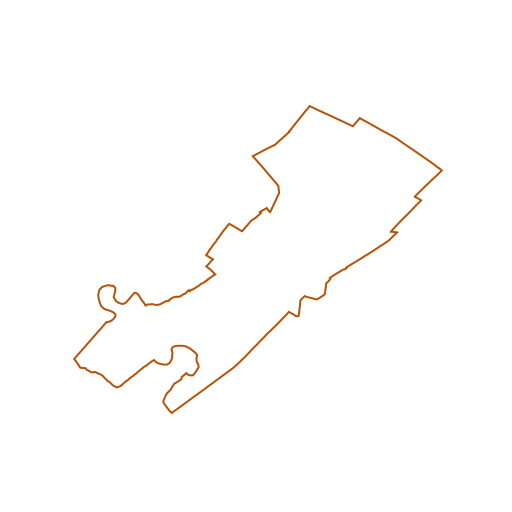 the district of Mogosesti-Siret, Iasi, Romania, rotated 167°
{"feature_id": "2599482B47382961924447", "entity_name": "Mogosesti-Siret", "entity_type": "district", "adm_level": 2, "iso_a3": "ROU", "parent_name": "Romania", "parent_adm1": "Iasi", "projection": "robinson", "projection_center": [26.761, 47.126], "detail": "fine", "context": "isolated", "style": "outline", "palette": "amber", "viewbox_px": 512, "rotation_deg": 167, "n_neighbors": 0, "source": "geoboundaries", "source_scale": "gbopen_adm2", "svg_char_len": 6110}
<svg xmlns="http://www.w3.org/2000/svg" viewBox="0 0 512 512"><g transform="rotate(167 256 256)"><path d="M236.7,354.0L234.0,349.2L231.4,344.2L230.0,341.7L220.6,323.6L218.6,319.6L218.5,319.2L218.5,318.8L218.7,317.3L219.2,312.8L219.4,312.2L219.7,311.6L221.5,309.4L224.4,305.6L228.7,300.1L232.4,295.5L232.5,295.5L233.9,298.2L234.8,300.3L242.5,297.9L242.0,297.1L241.6,296.7L244.2,295.2L245.7,294.5L245.9,294.4L247.7,293.3L250.6,292.3L252.0,291.8L252.8,291.4L253.4,291.0L257.7,287.8L260.3,286.0L263.9,283.3L264.2,283.3L267.6,286.6L270.1,289.0L270.8,289.7L272.3,291.1L274.9,293.4L281.2,288.5L282.9,287.2L284.1,286.1L285.6,284.7L286.4,284.0L288.1,282.5L290.0,281.0L290.7,280.5L291.2,279.6L291.6,279.2L295.0,276.7L296.3,275.4L297.5,274.3L298.1,273.8L300.2,272.0L301.4,270.7L304.2,268.3L304.4,268.1L304.4,267.9L303.2,266.9L302.7,266.4L302.5,266.1L300.3,263.9L299.0,262.8L298.7,262.5L299.3,262.1L303.4,259.2L305.8,257.6L306.8,256.9L305.2,255.2L304.2,253.9L303.2,252.6L302.0,250.8L299.9,247.3L300.4,247.2L300.6,247.0L301.4,246.8L301.6,246.8L302.1,246.5L302.4,246.3L304.1,245.6L306.3,244.7L306.3,244.8L308.2,244.0L308.1,243.8L309.0,243.4L310.3,242.8L310.5,243.0L311.3,242.5L312.6,242.0L313.9,241.5L315.6,241.2L315.8,241.2L316.5,240.9L318.9,239.7L321.8,238.9L322.2,238.6L323.9,238.0L325.3,237.6L326.5,237.7L328.5,236.7L329.1,237.7L329.7,237.1L330.7,237.1L331.5,236.5L332.5,235.7L333.4,235.5L334.3,235.0L335.3,235.1L336.7,234.6L337.2,234.2L338.8,233.8L340.1,233.7L341.6,233.7L342.2,234.1L342.7,234.3L344.7,234.3L346.7,234.2L348.7,233.3L350.1,232.9L350.6,232.0L352.7,232.2L353.9,232.2L354.9,232.0L355.9,231.7L356.0,231.6L357.5,231.3L359.0,230.8L360.7,230.5L362.0,230.4L363.9,230.7L364.6,230.9L367.6,232.3L369.2,232.6L372.3,233.0L372.5,233.1L372.8,233.2L373.7,232.8L374.8,232.6L375.5,235.1L377.6,239.3L378.3,241.8L379.0,244.1L380.2,246.1L381.7,247.3L383.1,247.3L392.5,240.3L394.9,239.3L397.4,239.4L401.2,242.0L402.6,243.8L403.9,247.8L400.8,254.1L400.4,256.1L400.4,256.9L401.7,258.9L406.9,260.9L412.8,260.5L416.0,258.4L418.5,253.7L418.9,250.2L418.7,245.7L418.1,242.1L415.5,238.3L410.4,235.3L407.3,232.8L406.1,231.0L406.5,229.1L408.1,227.3L411.3,225.5L414.7,225.0L416.2,225.1L416.7,225.2L421.1,221.9L424.0,219.8L425.1,219.0L426.7,218.0L428.0,216.9L430.7,215.0L434.7,212.1L446.5,203.7L447.0,203.3L448.1,202.5L449.0,201.8L451.7,199.9L453.3,198.8L456.3,196.6L455.3,194.5L453.8,190.6L453.3,189.2L452.4,186.7L451.7,186.6L449.7,185.6L448.2,185.5L447.4,185.0L447.0,184.0L445.6,182.4L444.7,181.8L443.0,180.0L442.4,179.6L441.8,179.6L441.0,179.3L440.4,179.0L439.5,179.5L438.8,179.1L437.7,178.2L433.8,175.3L432.5,173.9L431.9,172.9L431.1,171.4L430.5,170.5L430.0,169.9L429.8,169.6L428.7,167.5L428.5,167.4L428.3,167.3L427.8,166.8L427.3,166.4L426.9,166.0L425.7,164.0L425.1,162.9L424.8,162.5L423.1,160.8L421.4,159.5L421.2,159.2L416.9,159.8L416.8,160.0L416.6,160.2L415.8,160.5L415.0,160.9L414.6,161.2L413.4,161.9L410.2,163.5L408.6,164.0L408.1,164.3L406.2,165.4L404.7,166.0L403.3,166.6L402.6,166.8L402.1,167.1L401.7,167.4L399.8,168.2L399.4,168.4L398.1,169.1L397.2,169.5L396.2,170.2L394.3,171.0L392.8,171.8L392.1,172.1L388.7,173.7L388.2,173.6L380.8,177.0L378.7,177.5L378.1,176.2L376.6,174.3L373.5,172.3L369.8,170.8L367.3,170.3L364.1,171.1L361.3,174.5L360.4,176.1L360.1,177.8L359.4,179.6L359.1,181.1L359.4,183.1L358.9,184.7L357.5,186.0L354.0,186.4L352.1,186.0L348.3,185.2L344.8,183.8L341.1,180.7L336.8,175.3L335.7,172.8L337.1,169.5L337.5,166.5L336.6,162.9L337.0,160.4L341.6,155.9L344.2,153.9L346.7,154.4L347.5,154.9L348.2,154.9L348.6,155.4L350.2,157.5L352.8,156.3L352.7,156.1L355.5,154.9L355.9,154.3L356.2,153.2L356.5,152.8L360.0,151.3L363.9,150.1L364.5,149.7L365.8,148.7L368.3,145.9L369.6,144.7L371.2,143.7L373.1,142.5L373.9,142.0L374.6,141.3L376.0,139.4L376.9,138.2L378.7,135.8L379.0,135.1L379.1,134.3L379.0,133.7L378.8,132.9L378.2,131.3L377.6,130.3L375.4,125.2L374.6,123.6L373.9,122.8L373.1,122.0L372.8,122.4L371.5,122.9L367.8,124.4L360.1,127.7L356.0,129.4L353.4,130.6L343.8,134.6L302.9,152.3L301.6,153.1L299.5,154.2L295.0,156.8L294.2,157.5L293.8,157.6L293.2,157.9L292.6,158.3L291.5,158.9L289.3,160.2L288.6,160.7L285.0,163.1L283.2,164.3L280.4,166.1L279.1,167.1L277.9,167.8L276.6,168.5L276.1,168.8L274.6,169.8L274.1,170.1L273.2,170.8L269.7,173.1L269.2,173.4L268.6,173.7L265.9,175.4L264.2,176.6L261.8,178.1L261.2,178.6L259.5,179.4L258.5,179.9L256.5,181.3L251.6,184.2L248.1,186.5L245.1,188.4L241.1,191.1L240.5,191.5L239.4,192.1L237.7,193.3L236.5,194.1L236.0,193.7L234.0,191.8L233.0,191.0L230.4,188.1L227.9,188.0L227.3,189.8L226.7,191.2L226.1,193.0L225.7,194.0L225.5,194.6L224.8,196.2L223.2,201.3L222.6,202.9L217.5,206.0L216.4,205.1L214.7,204.2L210.3,201.9L206.8,200.1L206.3,200.0L203.2,201.0L200.6,201.9L199.0,202.6L197.6,203.3L197.4,203.8L197.2,204.4L196.6,205.7L195.7,208.2L195.4,208.9L194.7,210.8L194.3,211.6L193.7,213.7L193.3,213.9L192.7,214.1L191.9,214.5L189.4,216.3L188.5,217.1L188.4,217.3L188.3,217.6L188.3,217.9L188.4,218.1L188.6,218.2L188.3,218.4L188.0,218.4L187.3,218.7L186.4,219.0L182.4,220.5L176.0,222.5L175.2,222.9L174.0,223.2L172.8,223.0L171.4,223.4L170.4,224.0L170.6,224.4L169.7,224.8L166.2,226.0L161.6,227.5L157.3,228.9L149.0,231.8L145.8,232.8L142.8,233.9L142.3,234.0L140.1,234.9L138.1,235.6L132.9,237.6L129.5,238.7L128.9,239.0L123.7,241.0L122.5,241.6L116.1,245.6L113.3,247.2L114.4,247.7L116.0,248.3L119.2,249.3L119.1,249.5L118.5,249.8L117.1,250.8L109.2,256.2L107.4,257.3L105.2,258.8L99.5,262.2L86.5,270.7L84.8,271.6L82.6,273.0L82.9,273.4L84.9,275.4L85.9,276.3L87.9,277.8L88.0,278.0L87.6,278.4L83.1,281.1L82.8,281.4L79.7,283.2L78.5,284.0L75.9,285.5L75.1,286.0L67.6,290.5L66.3,291.3L65.2,291.8L62.3,293.5L56.4,297.1L55.7,297.6L58.0,300.5L58.2,300.4L60.5,303.3L62.7,306.0L78.6,323.6L83.0,328.2L87.9,333.6L88.8,334.6L92.2,338.4L94.8,340.9L101.2,346.7L103.2,348.3L105.6,350.4L109.8,354.3L117.4,361.2L121.1,364.4L123.9,367.0L132.4,360.6L140.9,367.3L162.7,384.2L170.0,390.0L171.1,389.1L173.0,387.5L173.4,387.2L173.6,387.2L175.7,385.7L192.1,372.7L193.0,372.0L193.0,371.6L195.9,369.9L195.7,369.4L197.9,368.2L212.6,360.0L212.8,359.9L213.2,360.0L224.4,357.3L229.7,355.8L236.7,354.0Z" fill="none" stroke="#b45309" stroke-width="2"/></g></svg>